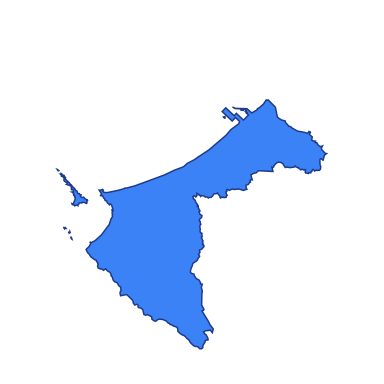 Mueang Rayong, Rayong, Thailand, rotated 133°
{"feature_id": "78962969B69039752575534", "entity_name": "Mueang Rayong", "entity_type": "district", "adm_level": 2, "iso_a3": "THA", "parent_name": "Thailand", "parent_adm1": "Rayong", "projection": "robinson", "projection_center": [101.334, 12.691], "detail": "fine", "context": "isolated", "style": "filled", "palette": "blue", "viewbox_px": 384, "rotation_deg": 133, "n_neighbors": 0, "source": "geoboundaries", "source_scale": "gbopen_adm2", "svg_char_len": 6067}
<svg xmlns="http://www.w3.org/2000/svg" viewBox="0 0 384 384"><g transform="rotate(133 192 192)"><path d="M74.0,200.5L79.2,199.7L84.7,200.3L86.4,201.0L86.8,200.5L88.1,200.6L93.4,202.2L93.6,208.6L101.4,217.5L102.2,220.4L101.6,217.4L97.9,213.0L98.8,211.8L97.1,210.0L96.2,210.9L95.1,209.7L95.4,208.0L96.8,208.0L96.8,206.8L96.3,206.6L96.3,205.8L97.3,205.8L97.1,203.2L104.3,203.4L104.2,213.2L107.5,213.2L107.4,224.7L112.6,224.8L112.7,211.0L107.9,211.0L107.9,205.5L110.1,204.3L119.9,206.1L127.4,205.8L149.4,208.3L161.3,211.1L161.8,211.5L162.2,211.3L167.4,212.5L174.3,215.0L179.3,215.4L188.2,219.8L198.6,223.9L226.5,238.0L234.3,242.9L234.6,243.6L237.1,244.6L242.7,248.2L250.2,253.6L251.8,255.4L252.4,256.6L252.3,257.8L251.2,258.0L251.0,259.1L252.8,260.0L253.9,261.2L255.0,257.1L255.4,256.7L257.0,256.5L256.9,255.9L255.9,255.3L255.9,254.1L256.7,252.5L256.5,251.4L257.5,249.7L256.8,248.2L257.7,246.5L257.5,244.8L257.8,243.7L256.3,243.4L256.5,241.7L258.4,238.2L259.1,238.4L259.4,237.5L259.7,238.2L260.3,237.6L260.0,237.0L261.4,236.5L262.5,235.4L262.4,234.9L263.8,234.1L264.1,233.3L266.9,232.9L272.0,230.4L285.0,229.0L293.8,229.7L298.0,231.3L298.1,232.8L298.8,230.9L299.5,230.6L302.1,230.1L306.2,230.3L307.6,226.9L307.5,225.5L308.4,221.7L307.9,217.0L307.3,216.1L307.3,215.2L307.8,214.6L308.1,212.5L308.8,212.1L308.9,211.1L310.6,210.6L311.6,208.7L310.9,206.9L309.7,205.1L309.6,203.3L307.0,202.7L307.4,200.0L306.7,197.2L307.5,194.7L308.5,194.1L308.4,192.7L310.2,189.5L310.4,187.3L309.4,185.0L310.5,181.4L310.2,179.2L312.8,176.5L314.1,176.4L315.3,175.4L316.6,173.5L311.9,170.1L311.5,169.0L311.8,161.0L313.3,159.1L313.7,156.7L311.9,155.9L311.5,155.2L311.5,154.0L312.8,153.2L313.0,152.4L311.7,150.0L311.6,147.7L314.3,143.8L313.7,141.8L312.0,141.0L310.8,136.4L312.4,134.5L312.0,131.5L310.9,130.3L308.8,130.1L307.4,129.3L305.2,126.5L303.9,122.9L304.1,120.0L303.6,119.0L303.8,117.5L302.9,116.3L302.7,114.2L301.3,111.2L301.3,110.2L302.1,108.8L303.6,107.1L303.6,103.9L302.9,100.7L302.4,100.5L302.3,98.0L302.6,95.9L302.3,93.4L303.3,90.4L303.3,86.3L302.8,84.5L301.2,82.3L301.4,79.6L300.3,78.2L298.4,77.9L297.3,79.2L292.9,80.1L291.6,81.0L289.9,80.3L289.5,79.4L289.1,79.4L287.9,81.2L286.8,84.2L287.0,85.9L286.5,88.1L284.2,87.5L281.8,85.2L280.5,84.7L281.0,81.2L277.7,83.0L276.7,88.6L275.3,92.2L272.2,103.6L270.7,102.9L269.6,103.3L268.1,107.8L259.9,115.2L257.6,116.7L255.4,120.1L252.4,121.6L253.4,123.1L252.5,124.0L251.6,126.9L252.4,129.8L251.5,133.6L250.7,134.5L251.9,137.0L251.7,138.5L249.9,139.9L245.6,141.6L243.7,142.7L238.9,141.6L237.5,141.8L236.9,142.3L234.1,142.4L233.6,142.9L233.2,144.6L230.6,145.1L229.4,147.0L227.2,145.9L223.8,146.0L223.1,146.8L223.3,147.5L222.9,147.6L222.9,148.8L222.1,148.8L221.5,150.3L220.4,150.4L219.1,153.8L218.5,153.8L218.0,154.6L217.4,154.4L216.2,156.1L215.4,156.5L215.9,158.1L215.2,159.5L213.6,160.5L212.7,161.9L211.1,163.4L209.6,163.5L208.9,165.0L208.0,165.8L208.1,167.2L206.0,168.0L204.2,167.6L202.4,168.7L202.9,171.0L201.7,173.4L200.4,173.2L199.4,176.4L198.1,177.8L198.9,178.3L197.4,179.4L197.1,181.8L196.0,183.9L195.7,185.3L196.1,186.2L194.9,188.2L193.1,187.8L193.0,185.8L191.3,185.9L189.6,187.6L189.0,185.3L189.5,184.7L189.0,184.0L189.4,182.7L188.1,182.6L186.7,180.5L186.6,178.7L185.7,178.2L185.2,177.0L185.3,176.0L184.4,175.8L182.9,174.4L180.7,174.2L178.2,174.8L177.3,173.6L176.0,172.7L175.4,172.8L176.3,167.7L176.8,167.7L176.9,167.0L175.3,166.6L175.1,166.0L174.3,165.7L174.4,164.9L173.8,164.3L172.5,163.4L171.5,164.1L170.5,164.0L169.6,166.7L168.6,166.9L168.3,167.5L167.4,167.1L166.6,168.3L165.5,167.1L165.5,165.9L162.2,164.5L161.7,163.2L157.7,159.6L155.8,155.5L152.9,153.9L152.5,153.7L152.2,155.0L150.6,156.9L149.9,157.1L148.0,156.0L146.4,156.3L144.8,156.0L144.6,157.1L143.0,157.6L142.1,156.2L139.3,160.7L136.1,159.5L134.3,158.2L131.1,157.9L121.8,146.8L119.4,150.3L119.3,149.6L117.8,149.4L117.3,150.0L112.9,150.0L110.8,148.8L109.8,147.1L109.3,145.0L110.5,140.5L108.9,139.4L107.5,137.1L104.6,134.6L103.5,134.1L102.7,134.4L102.7,133.1L102.0,130.9L101.7,130.9L101.7,127.7L99.9,126.5L99.8,125.4L98.3,124.3L100.4,122.6L100.6,121.7L99.6,120.7L99.3,119.6L98.2,119.6L97.0,118.2L96.0,118.7L95.1,118.4L94.6,118.9L92.9,118.9L92.7,118.1L93.1,116.7L91.1,115.8L90.9,115.1L90.3,114.9L89.3,113.6L87.7,113.6L85.6,115.2L84.7,117.0L81.4,120.3L80.5,120.7L79.5,120.3L79.5,118.4L79.2,117.8L75.0,120.2L72.1,119.8L72.9,121.2L72.5,126.0L71.7,127.3L69.3,128.0L71.1,129.0L71.5,129.9L71.6,132.4L70.8,134.2L71.8,135.6L71.5,136.1L70.6,136.3L72.1,138.4L72.4,139.9L69.7,141.6L69.8,144.9L69.5,145.7L67.6,146.0L67.4,146.3L67.9,146.8L67.9,147.7L69.2,147.4L70.4,147.7L71.6,150.3L75.5,156.4L77.0,162.5L76.9,164.0L77.8,166.1L77.4,170.7L76.5,172.5L78.2,175.4L79.0,179.8L78.9,180.8L73.1,188.9L72.7,199.1L73.7,199.6L74.0,200.5ZM272.4,261.4L271.5,261.4L270.3,262.9L269.5,262.6L269.1,263.2L269.9,265.3L269.7,267.8L270.8,268.4L271.3,270.0L271.1,270.8L269.7,271.1L270.4,272.3L270.0,273.3L270.8,274.3L270.8,275.0L269.8,276.7L270.2,278.1L269.5,280.2L269.6,283.1L269.1,285.0L269.4,286.3L268.9,288.3L269.0,291.9L268.6,294.0L267.7,294.4L267.7,296.1L267.1,296.7L267.9,298.5L267.5,299.7L267.7,300.4L268.2,299.9L268.7,300.4L268.6,299.0L269.0,298.3L270.0,298.6L268.9,297.7L269.1,295.1L269.7,294.2L270.6,294.0L271.1,292.7L270.6,289.4L271.3,288.7L272.0,288.9L270.2,284.9L271.1,282.9L272.2,282.3L272.4,281.5L271.5,280.7L271.7,279.7L272.9,279.0L273.9,279.8L273.4,278.2L273.8,277.6L274.3,277.6L274.4,276.5L275.1,276.2L274.8,275.1L275.7,274.5L275.7,273.6L276.7,272.7L281.4,270.8L282.0,270.9L282.4,271.9L282.9,271.0L281.9,269.2L282.1,268.3L280.5,267.8L279.9,266.2L279.5,266.9L278.3,266.4L277.6,266.9L276.5,266.8L275.2,265.1L274.5,265.3L273.2,264.0L272.4,261.4ZM305.2,260.0L304.6,259.3L304.4,260.4L305.1,260.8L305.4,262.1L305.9,260.0L305.2,260.0ZM115.7,220.2L115.9,219.4L115.5,218.4L115.8,217.7L114.4,219.4L115.7,220.2ZM267.2,304.0L267.3,305.9L267.4,306.1L267.8,304.3L267.2,304.0ZM304.7,253.4L304.3,254.3L304.9,253.9L305.8,255.2L305.7,254.4L305.0,253.8L305.4,253.6L304.7,253.4ZM307.9,249.6L308.5,248.1L308.4,247.6L307.4,249.4L307.5,249.7L307.9,249.6Z" fill="#3b82f6" stroke="#1e3a8a" stroke-width="1.5"/></g></svg>